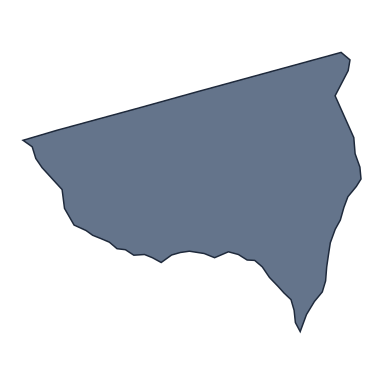 outline of São José da Coroa Grande, Pernambuco, Brazil
{"feature_id": "56859067B47243244758303", "entity_name": "São José da Coroa Grande", "entity_type": "district", "adm_level": 2, "iso_a3": "BRA", "parent_name": "Brazil", "parent_adm1": "Pernambuco", "projection": "equal_earth", "projection_center": [-35.181, -8.871], "detail": "fine", "context": "isolated", "style": "filled", "palette": "slate", "viewbox_px": 384, "rotation_deg": 0, "n_neighbors": 0, "source": "geoboundaries", "source_scale": "gbopen_adm2", "svg_char_len": 812}
<svg xmlns="http://www.w3.org/2000/svg" viewBox="0 0 384 384"><path d="M348.2,70.6L350.0,59.9L341.1,52.4L198.1,91.5L135.8,108.8L56.8,130.3L23.0,140.3L32.2,146.8L35.8,158.5L42.1,167.7L62.1,189.6L64.5,208.4L74.1,225.1L86.0,230.5L92.7,235.3L100.7,238.5L109.4,242.2L117.0,248.7L125.4,249.7L133.8,255.2L144.5,254.5L152.4,257.7L161.2,262.5L171.6,255.0L180.3,252.5L189.4,251.2L204.2,253.5L214.6,257.7L228.4,251.8L238.4,254.5L247.1,260.0L254.7,260.4L262.3,266.9L269.5,277.5L277.8,286.1L284.2,293.2L291.0,299.6L294.1,310.3L295.4,322.6L300.2,331.6L306.5,314.5L314.4,301.5L322.3,291.9L325.6,280.9L326.7,266.9L328.4,255.2L330.3,242.8L335.2,229.3L340.3,220.1L343.9,207.4L347.9,196.7L356.3,186.5L361.0,179.0L359.9,167.1L355.1,153.7L353.8,137.6L335.1,95.8L348.2,70.6Z" fill="#64748b" stroke="#1e293b" stroke-width="1.5"/></svg>